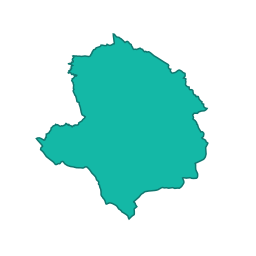 outline of Kon Tum, Kon Tum, Vietnam, rotated 302°
{"feature_id": "81297802B636661033486", "entity_name": "Kon Tum", "entity_type": "district", "adm_level": 2, "iso_a3": "VNM", "parent_name": "Vietnam", "parent_adm1": "Kon Tum", "projection": "natural_earth1", "projection_center": [107.986, 14.341], "detail": "fine", "context": "isolated", "style": "filled", "palette": "teal", "viewbox_px": 256, "rotation_deg": 302, "n_neighbors": 0, "source": "geoboundaries", "source_scale": "gbopen_adm2", "svg_char_len": 5685}
<svg xmlns="http://www.w3.org/2000/svg" viewBox="0 0 256 256"><g transform="rotate(302 128 128)"><path d="M200.5,133.1L200.0,132.0L200.3,130.7L201.4,129.6L202.5,129.5L203.0,128.7L203.1,128.1L203.0,124.3L203.1,115.1L203.0,112.0L203.6,107.8L203.7,106.0L203.6,105.3L203.4,104.8L202.3,103.8L202.4,103.1L202.4,102.5L202.1,102.1L201.5,101.8L201.4,101.4L201.8,99.7L202.4,98.7L202.0,97.6L202.1,95.9L200.1,94.4L199.3,93.9L198.7,92.5L197.6,91.0L198.2,89.7L198.8,89.1L199.3,87.8L200.4,86.5L200.5,86.2L200.4,85.4L200.5,84.4L201.1,82.8L201.1,81.8L201.0,81.4L200.2,80.7L199.1,80.3L198.9,79.9L199.5,77.7L200.0,74.9L199.9,73.7L200.1,72.4L199.4,70.7L199.2,69.9L199.7,68.2L200.2,67.0L200.2,66.6L199.9,65.7L198.3,66.8L192.9,71.3L192.1,71.6L191.8,71.4L191.5,70.9L189.5,69.9L188.4,68.9L188.0,67.7L187.9,65.9L186.6,66.0L186.3,65.8L185.6,64.7L185.2,63.9L184.9,62.8L184.0,61.2L183.2,61.4L182.4,61.2L181.2,60.3L179.2,58.6L178.5,58.4L177.6,58.6L176.1,57.4L173.0,57.4L172.1,57.8L170.9,57.6L170.1,57.7L169.5,57.9L168.7,57.6L168.1,57.1L167.7,56.7L166.3,53.4L164.0,50.6L163.1,48.6L162.2,47.3L161.5,45.6L160.9,45.1L160.5,43.7L159.8,43.1L159.2,44.5L158.8,44.6L157.5,44.3L156.8,44.4L156.1,44.9L155.8,46.0L155.1,46.4L154.6,46.2L154.0,45.3L153.7,45.3L153.2,45.7L152.6,45.7L152.0,44.5L151.0,43.5L150.9,43.6L151.1,44.3L151.7,45.6L151.5,46.6L151.8,47.5L151.8,48.0L151.5,47.9L150.9,47.4L150.1,47.4L149.6,47.4L149.2,47.7L149.0,48.4L148.9,48.5L148.0,48.5L147.5,48.0L147.0,48.6L146.7,48.6L145.3,47.6L145.2,47.7L145.1,48.3L144.8,48.6L144.6,48.5L143.8,47.9L143.4,47.9L143.1,48.2L143.1,48.6L144.1,49.2L144.4,49.8L144.4,50.4L143.7,51.6L143.6,51.9L143.7,52.1L144.1,52.2L144.4,52.9L144.8,53.1L144.8,53.3L144.2,53.6L144.2,54.0L144.4,54.4L145.2,55.1L145.5,56.6L144.8,56.6L144.5,56.5L144.0,55.5L143.8,55.4L141.7,55.4L141.0,55.2L140.2,54.6L139.6,55.1L138.6,55.0L137.9,56.0L137.4,57.5L136.9,57.7L136.2,58.4L135.8,59.1L132.6,60.7L132.4,61.4L132.2,61.7L130.9,61.6L129.9,62.3L128.6,64.4L127.8,65.3L127.5,66.5L127.1,67.0L125.8,68.5L123.5,70.6L123.3,71.2L123.6,72.6L123.6,73.2L122.5,73.8L120.2,76.6L116.5,80.1L114.9,82.0L114.9,85.7L113.4,85.9L111.2,85.2L110.1,85.2L109.1,85.0L107.8,84.2L106.1,83.5L105.1,84.1L104.6,84.1L103.5,83.4L102.6,81.6L101.7,80.9L101.4,81.1L101.0,80.6L100.4,80.2L99.4,80.0L99.4,79.6L99.6,79.2L99.7,78.3L99.4,77.7L99.3,77.1L98.7,76.0L98.8,75.7L99.4,75.9L99.6,75.9L99.5,75.6L98.8,74.2L98.8,73.9L99.0,73.5L99.0,73.0L98.3,72.9L97.8,73.0L96.5,72.6L95.9,72.0L94.8,71.3L94.7,70.6L94.4,70.3L93.9,70.0L93.6,69.8L93.4,69.4L93.5,66.8L93.4,66.4L92.9,66.0L92.8,64.7L91.6,64.7L90.1,63.5L88.3,63.2L87.3,62.8L85.7,63.6L82.9,63.4L82.2,63.7L81.6,63.2L80.3,62.6L79.5,61.9L79.0,62.3L78.6,62.5L77.8,62.9L77.1,63.1L76.6,63.7L76.4,63.6L76.1,63.3L75.7,63.3L74.7,63.4L74.2,63.8L73.8,63.7L73.4,63.4L73.1,63.1L73.2,62.6L73.0,59.7L72.7,58.1L71.6,56.6L70.5,55.9L69.8,57.8L68.4,62.6L67.6,64.8L67.2,65.2L66.8,65.2L65.8,64.8L65.1,64.7L63.6,65.2L63.3,65.4L63.0,67.5L62.6,69.1L60.5,73.9L60.2,76.7L59.6,82.8L59.5,83.3L58.8,85.0L58.7,85.8L58.8,86.3L59.2,86.7L59.7,87.1L60.8,87.6L61.3,88.7L61.6,89.0L62.0,89.2L63.5,89.2L63.9,89.4L64.7,89.9L65.0,90.4L65.1,90.8L65.0,91.4L64.2,93.1L64.1,95.0L64.1,96.5L64.9,99.7L66.1,102.3L66.5,103.8L67.1,105.5L69.3,109.2L70.1,110.9L70.6,111.4L72.4,112.4L73.0,113.3L73.1,113.8L73.0,114.8L72.3,117.5L71.7,119.0L70.7,121.1L70.0,124.1L69.5,125.9L69.1,126.8L67.4,128.8L66.9,131.5L66.5,131.9L64.9,132.6L64.7,132.9L64.5,134.0L63.0,135.3L61.4,137.5L59.4,139.1L57.0,140.6L56.3,141.7L55.9,143.0L55.4,143.7L55.1,145.0L54.6,146.1L54.1,147.0L52.0,149.5L52.0,149.9L52.3,150.3L53.5,151.0L54.0,151.5L54.5,151.7L55.1,152.7L55.7,154.7L55.9,157.1L56.0,158.6L55.8,160.1L54.4,163.1L54.5,164.4L54.3,165.2L54.4,165.9L53.7,167.0L53.7,172.2L53.4,174.4L52.9,175.1L52.0,176.0L51.4,177.1L55.1,178.0L56.4,178.5L57.5,179.0L57.8,179.1L58.8,178.7L60.7,177.5L62.1,176.4L62.6,176.2L63.0,176.2L66.0,177.2L66.8,175.3L67.9,174.0L68.3,172.9L68.3,172.0L68.5,171.9L75.2,173.9L78.0,174.2L79.1,174.4L80.8,175.3L82.6,175.9L83.1,176.3L85.5,178.9L89.3,183.9L90.4,185.1L91.5,186.1L95.0,188.0L95.7,188.6L96.0,189.1L96.4,190.5L97.8,192.3L98.3,193.9L98.6,194.5L101.0,197.3L101.3,198.1L101.4,199.1L101.6,199.7L103.3,201.8L104.2,203.5L105.9,204.2L107.4,204.5L110.2,204.5L111.1,204.4L112.0,203.9L112.9,203.0L113.8,201.6L114.5,200.8L115.3,201.5L116.4,204.0L118.8,207.0L119.1,208.7L120.0,210.4L121.6,212.6L122.5,212.9L123.1,212.9L124.2,212.5L125.8,211.5L126.3,211.0L128.3,207.9L128.9,207.3L130.4,206.2L132.7,204.8L133.6,203.7L139.0,207.2L141.5,208.7L142.7,208.9L144.5,208.9L147.3,208.0L152.6,204.2L156.8,203.9L157.5,203.7L157.7,201.5L158.7,200.3L158.7,198.3L158.5,196.8L158.8,195.9L159.3,196.0L160.5,196.4L160.9,196.4L163.0,195.6L163.7,195.0L164.1,193.8L164.2,193.2L163.9,192.4L163.3,191.7L163.8,191.1L164.0,190.7L165.3,188.0L166.4,186.6L167.6,185.3L167.8,184.9L167.7,184.2L168.5,183.8L169.1,182.9L169.8,181.1L170.1,178.3L171.6,178.0L173.3,175.9L175.6,176.3L177.2,179.0L177.9,179.3L178.7,179.3L179.2,179.6L181.3,181.3L182.5,182.9L183.3,183.8L184.9,184.5L185.7,184.7L186.5,184.7L185.9,183.1L186.1,181.4L186.7,180.5L188.3,179.5L188.0,178.1L188.2,177.6L188.4,177.3L189.4,176.9L189.4,175.6L190.1,173.1L191.8,171.0L191.8,170.5L190.7,169.2L190.8,168.7L191.5,168.2L191.6,167.9L191.3,166.8L191.3,166.2L191.7,165.4L192.4,164.6L193.3,163.8L194.0,163.3L194.2,163.0L194.3,162.2L194.1,161.4L193.5,160.6L193.3,159.8L193.8,159.0L195.1,158.2L194.7,157.0L194.5,156.0L194.9,154.3L195.6,153.6L198.0,152.5L198.9,151.5L200.3,151.1L200.3,150.6L199.8,148.6L202.4,148.9L204.5,147.4L204.2,145.3L204.6,143.3L204.5,141.5L204.4,140.9L204.0,140.4L203.0,139.8L200.3,138.8L198.4,137.0L198.0,136.4L198.0,135.5L198.6,133.9L199.3,133.4L200.5,133.1Z" fill="#14b8a6" stroke="#0f766e" stroke-width="1.5"/></g></svg>